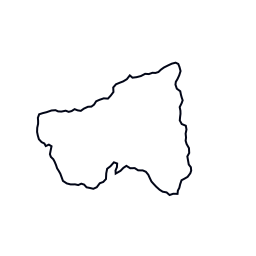 Argirita, Minas Gerais, Brazil, rotated 37°
{"feature_id": "56859067B34459368726080", "entity_name": "Argirita", "entity_type": "district", "adm_level": 2, "iso_a3": "BRA", "parent_name": "Brazil", "parent_adm1": "Minas Gerais", "projection": "mercator", "projection_center": [-42.832, -21.628], "detail": "fine", "context": "isolated", "style": "outline", "palette": "ink", "viewbox_px": 256, "rotation_deg": 37, "n_neighbors": 0, "source": "geoboundaries", "source_scale": "gbopen_adm2", "svg_char_len": 1817}
<svg xmlns="http://www.w3.org/2000/svg" viewBox="0 0 256 256"><g transform="rotate(37 128 128)"><path d="M207.2,150.8L205.5,148.0L205.0,144.9L203.5,141.5L202.2,137.5L203.6,134.5L205.0,131.2L205.0,126.7L204.1,124.0L201.8,121.5L198.5,120.6L195.4,117.7L192.5,115.0L191.9,111.1L188.8,107.4L184.4,105.5L181.7,103.5L180.1,100.7L177.4,97.8L175.6,94.0L172.8,91.4L168.5,92.5L164.8,90.8L163.0,87.9L161.4,85.1L159.5,82.7L156.7,80.2L155.9,75.9L155.0,73.0L152.5,71.3L150.3,69.6L147.6,67.2L143.3,67.2L139.8,64.8L138.4,62.3L138.1,59.3L137.2,55.1L135.7,50.9L132.4,48.3L129.6,46.6L126.7,47.2L124.3,50.2L122.3,54.0L120.3,58.0L119.2,61.5L118.6,65.0L116.8,67.5L114.3,69.2L112.2,72.4L109.1,74.4L107.0,78.8L104.2,82.3L101.3,85.1L97.8,84.9L97.7,89.7L96.1,93.7L94.1,96.9L92.1,100.3L91.8,104.5L94.7,108.0L94.7,112.5L94.3,116.6L90.8,118.9L88.3,122.6L86.5,125.8L86.8,129.8L85.9,132.9L83.2,135.2L81.1,139.1L80.0,142.7L77.2,144.2L74.0,145.1L72.8,148.4L70.9,150.8L67.8,151.7L65.0,154.9L62.2,156.8L59.4,157.4L56.4,160.0L53.5,164.3L51.0,167.4L48.8,170.5L49.9,174.1L52.0,176.5L53.7,178.8L55.4,182.5L57.8,185.9L60.4,188.2L63.6,190.6L67.5,191.3L70.5,190.7L73.2,191.9L74.8,188.9L77.9,188.6L79.6,192.2L81.4,195.9L83.8,197.5L87.1,197.9L89.7,199.1L92.8,200.9L95.7,202.9L98.4,203.9L101.4,205.2L104.2,207.0L107.9,209.4L112.5,209.1L116.1,207.6L119.6,204.9L122.6,203.5L124.2,200.6L127.0,199.6L130.6,200.3L133.5,198.9L136.9,197.4L138.7,194.1L138.7,189.1L140.7,186.0L141.1,182.0L137.9,177.3L135.9,173.1L137.0,169.1L137.4,163.9L140.7,162.9L142.7,165.9L143.6,169.4L145.6,171.8L147.8,166.7L148.3,162.6L149.5,159.2L154.0,158.8L157.5,156.0L161.6,155.7L165.3,153.0L168.6,152.2L172.3,153.1L175.6,154.9L178.9,156.6L181.8,157.2L185.8,157.9L190.4,158.3L194.0,158.0L197.6,156.2L201.5,156.5L203.7,153.3L207.2,150.8Z" fill="none" stroke="#020617" stroke-width="2"/></g></svg>